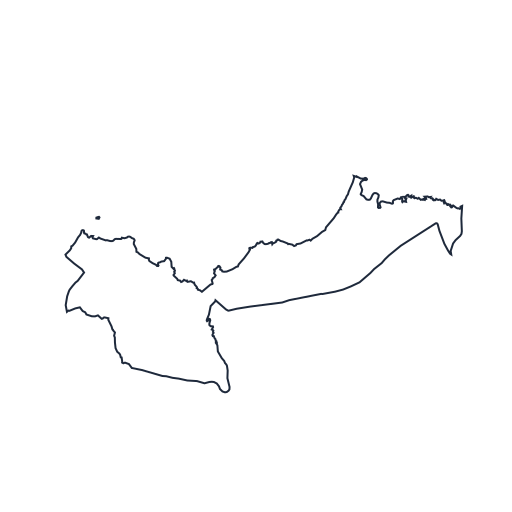 the district of Stueng Hav, Kaôh Kong, Cambodia, rotated 38°
{"feature_id": "14789045B13599773349639", "entity_name": "Stueng Hav", "entity_type": "district", "adm_level": 2, "iso_a3": "KHM", "parent_name": "Cambodia", "parent_adm1": "Kaôh Kong", "projection": "orthographic", "projection_center": [103.692, 10.797], "detail": "fine", "context": "isolated", "style": "outline", "palette": "slate", "viewbox_px": 512, "rotation_deg": 38, "n_neighbors": 0, "source": "geoboundaries", "source_scale": "gbopen_adm2", "svg_char_len": 6138}
<svg xmlns="http://www.w3.org/2000/svg" viewBox="0 0 512 512"><g transform="rotate(38 256 256)"><path d="M286.4,131.3L286.6,131.7L283.7,132.7L285.0,133.6L286.9,138.3L289.4,148.2L290.5,150.8L290.6,153.0L291.5,156.2L291.4,157.6L292.1,159.3L291.8,159.9L292.3,161.0L292.3,162.9L292.8,164.3L292.7,165.6L292.8,166.3L294.0,166.9L293.4,167.3L293.2,168.5L293.5,170.5L294.1,171.1L293.7,171.7L293.6,173.8L294.0,178.3L293.5,190.3L294.6,192.9L293.2,196.3L291.9,202.7L289.9,207.6L289.6,210.2L288.2,210.2L286.9,212.2L286.3,212.5L283.4,218.7L280.7,221.7L280.9,223.1L279.9,224.7L277.6,224.7L274.3,226.3L274.0,226.9L273.0,226.7L268.1,228.1L266.2,229.0L263.4,229.3L262.9,229.8L263.1,230.4L262.5,231.4L263.1,232.3L262.4,234.3L261.6,235.4L261.6,236.7L259.9,235.3L259.2,236.1L259.2,236.8L258.3,237.7L258.3,238.3L257.6,239.4L256.5,240.6L255.4,241.3L253.4,241.2L252.1,240.6L250.7,242.0L251.1,242.6L250.5,244.4L249.8,245.1L249.2,244.8L248.9,245.4L249.4,247.9L249.2,249.4L248.0,251.0L248.2,251.8L246.6,252.8L245.9,253.7L246.2,254.3L246.7,254.1L247.3,254.5L247.8,257.6L248.0,265.2L247.5,273.3L248.2,275.4L247.2,276.6L245.6,280.9L242.5,286.3L240.5,288.1L238.9,288.9L237.9,288.3L236.1,288.7L235.1,287.0L234.3,286.8L233.7,287.1L233.4,286.6L232.8,286.7L232.4,287.2L232.6,287.9L232.1,291.2L231.3,292.5L232.2,293.3L232.8,293.2L233.6,295.5L236.1,296.1L236.3,298.2L235.6,300.1L235.9,300.7L235.9,302.2L238.7,304.3L238.9,304.9L237.7,306.5L235.4,317.5L233.0,317.5L231.0,318.3L230.6,317.8L229.0,317.8L228.9,317.1L228.2,316.8L225.3,316.3L223.6,315.1L223.2,315.6L220.2,316.0L218.0,318.5L217.4,318.5L216.8,318.0L216.5,318.6L215.8,318.5L215.3,318.9L213.9,319.1L213.7,321.4L213.0,322.6L211.4,322.1L209.2,323.2L208.0,322.5L203.3,322.1L202.7,321.8L202.6,319.5L201.3,318.9L201.3,317.8L200.9,317.2L199.5,317.0L199.3,316.2L198.8,316.0L198.4,316.8L196.2,316.5L192.8,312.7L189.6,311.3L186.8,312.2L186.2,312.8L186.7,313.3L186.8,316.6L184.8,318.7L184.2,320.2L183.3,321.2L183.2,321.8L184.0,323.1L185.0,323.5L185.1,324.1L184.1,324.8L182.6,324.5L179.0,325.3L175.1,325.6L173.8,324.9L173.1,323.8L169.9,325.4L163.0,326.2L160.8,325.9L159.2,326.3L157.3,324.1L152.3,321.8L151.3,320.3L150.8,318.5L150.3,318.1L149.0,317.7L147.2,318.3L145.2,318.3L144.0,318.8L143.1,319.8L142.9,321.0L141.4,323.0L139.0,324.2L139.4,325.2L139.2,325.7L135.0,328.8L134.3,329.8L134.1,331.8L133.4,332.9L131.9,334.0L128.8,335.3L128.0,336.2L122.7,338.0L120.8,338.2L120.3,340.6L119.8,341.1L116.6,342.5L115.5,341.9L115.3,340.6L113.7,341.7L113.2,344.3L112.6,344.5L111.8,344.5L109.6,343.1L109.1,343.5L107.9,343.3L106.9,343.9L106.2,343.6L105.0,342.1L104.3,341.9L103.2,342.6L103.1,343.9L103.8,344.9L104.4,347.6L104.3,350.8L105.2,356.8L105.1,360.9L104.5,362.1L105.6,363.7L105.8,366.2L105.0,372.2L107.1,373.4L117.3,373.9L127.1,373.7L130.7,374.9L130.8,385.4L130.1,388.1L129.9,392.6L129.9,397.3L130.3,399.1L132.0,404.0L136.3,411.9L141.4,416.4L141.8,414.5L142.7,414.1L145.9,408.5L148.8,404.9L153.3,406.1L156.1,405.5L158.4,406.5L163.7,404.6L166.3,402.7L168.0,400.1L173.1,400.5L173.7,399.7L173.9,398.3L174.5,397.6L178.0,395.9L178.9,397.2L185.5,400.4L188.1,402.3L188.7,402.2L189.3,402.6L191.9,403.1L193.3,406.2L194.9,407.1L198.1,411.0L202.1,415.1L205.6,416.9L208.4,417.0L209.8,417.5L211.8,419.1L212.6,418.7L215.6,421.6L216.1,422.4L217.5,422.2L218.4,420.7L222.4,419.4L227.1,420.7L236.1,416.2L256.1,408.2L259.3,406.0L265.2,403.4L270.6,400.2L278.5,396.4L286.5,390.9L293.8,388.0L296.8,384.0L298.5,382.4L300.4,381.2L303.6,380.6L307.1,381.5L309.5,383.0L313.0,383.4L315.5,382.5L316.7,381.2L317.3,379.1L317.2,377.5L315.8,375.5L308.7,369.9L304.2,363.7L300.7,360.4L299.5,359.8L297.4,359.4L295.6,358.3L292.0,357.6L284.7,354.7L280.5,350.1L279.3,349.7L278.9,348.8L277.9,349.2L277.5,348.8L277.7,347.9L277.2,347.5L276.6,347.7L275.2,346.5L274.2,346.4L272.0,345.1L271.3,345.7L270.5,345.3L270.1,344.7L269.9,342.7L268.8,342.4L268.4,341.1L267.7,340.9L266.4,341.2L266.0,338.5L265.4,338.0L263.5,339.2L262.0,339.2L261.5,338.8L260.7,337.7L259.5,334.8L258.6,334.1L257.9,334.3L258.0,336.4L257.6,337.5L257.0,337.3L256.4,336.3L255.0,331.2L251.1,323.4L251.8,316.9L251.3,315.8L265.3,316.6L267.7,316.2L268.2,315.8L273.3,309.4L282.6,299.4L305.3,276.5L309.4,270.3L330.6,245.8L331.8,245.0L340.3,235.4L345.3,228.8L349.4,221.7L353.8,213.0L356.6,199.0L357.1,193.6L359.4,184.2L359.6,179.3L360.4,173.7L363.8,158.7L377.5,119.6L378.3,118.9L379.6,119.1L385.0,123.2L396.9,130.4L403.8,133.4L407.5,134.7L408.9,134.6L406.3,132.2L403.6,124.8L403.5,120.6L404.5,114.5L404.3,112.1L403.0,109.8L394.7,100.0L387.6,89.6L387.0,90.8L387.4,90.8L387.6,93.4L386.4,93.6L385.7,94.3L384.4,94.7L380.2,94.8L379.9,95.4L380.4,96.2L380.4,97.0L380.0,97.5L378.4,97.2L378.1,96.2L377.4,96.0L377.0,96.5L375.5,96.8L375.8,97.7L375.4,98.0L371.9,97.2L371.8,98.6L371.0,98.2L370.4,96.3L369.9,96.1L368.9,97.7L368.1,98.3L366.3,98.2L365.0,99.7L362.8,100.0L363.0,101.5L362.6,102.0L361.8,102.1L361.7,102.7L360.8,102.8L360.3,102.1L359.5,101.9L358.6,102.8L357.1,102.7L357.1,102.1L355.9,103.3L354.6,103.4L352.4,105.4L354.0,105.6L355.0,106.2L354.5,106.9L354.6,107.9L353.4,108.1L353.1,107.5L352.8,108.0L352.9,109.0L352.0,109.2L351.3,110.3L348.5,110.0L348.2,111.3L346.1,111.7L345.3,112.9L344.1,112.8L343.7,111.8L343.2,112.0L342.4,114.5L341.6,114.2L341.1,113.1L340.3,115.1L339.3,115.0L338.6,114.2L338.1,114.2L337.6,114.9L337.3,117.4L336.2,118.3L338.0,118.7L339.1,118.0L339.5,119.2L339.4,120.1L339.8,120.6L340.3,120.4L340.9,120.9L338.4,122.1L338.2,123.4L337.7,123.2L335.9,120.7L334.5,120.0L334.0,120.6L334.4,122.1L334.1,122.7L332.3,123.4L330.1,127.2L330.1,128.5L331.4,130.0L331.4,130.6L330.9,131.1L328.4,131.9L326.3,133.3L322.2,134.9L321.0,136.1L320.9,138.2L321.5,139.1L324.2,141.0L324.2,141.6L323.0,142.7L322.2,142.6L320.4,140.1L318.2,138.4L317.0,136.8L316.4,134.5L315.3,132.5L313.7,132.2L312.3,132.4L310.9,133.2L310.2,134.3L310.2,136.2L311.1,140.0L311.0,141.6L309.8,142.7L308.2,143.4L303.9,142.5L301.5,143.1L300.4,142.8L299.9,140.6L298.8,138.3L293.7,135.3L293.1,132.9L293.5,131.0L294.7,129.2L296.0,128.5L296.3,127.4L295.7,126.9L294.5,126.9L293.9,127.3L293.1,128.9L290.8,130.5L286.4,131.3ZM107.1,324.7L109.2,323.5L108.9,322.0L108.2,321.8L107.7,322.3L106.6,324.0L107.1,324.7Z" fill="none" stroke="#1e293b" stroke-width="2"/></g></svg>